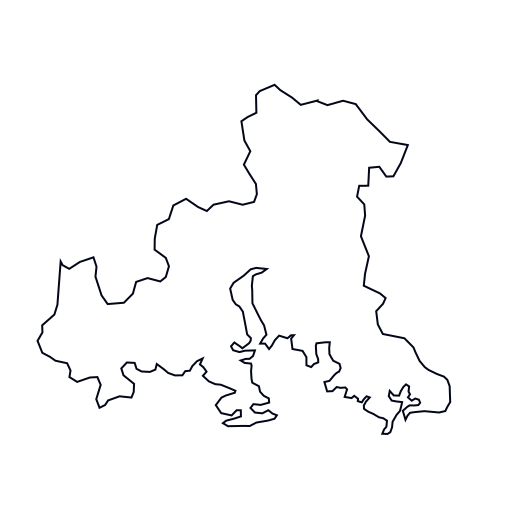 the district of Changwon-si, South Gyeongsang, South Korea, rotated 6°
{"feature_id": "91817680B26152541530210", "entity_name": "Changwon-si", "entity_type": "district", "adm_level": 2, "iso_a3": "KOR", "parent_name": "South Korea", "parent_adm1": "South Gyeongsang", "projection": "mercator", "projection_center": [128.624, 35.222], "detail": "fine", "context": "isolated", "style": "outline", "palette": "ink", "viewbox_px": 512, "rotation_deg": 6, "n_neighbors": 0, "source": "geoboundaries", "source_scale": "gbopen_adm2", "svg_char_len": 3902}
<svg xmlns="http://www.w3.org/2000/svg" viewBox="0 0 512 512"><g transform="rotate(6 256 256)"><path d="M300.5,95.1L284.7,101.0L275.3,94.7L262.8,88.5L256.6,83.8L242.5,91.6L239.2,96.1L241.4,113.5L233.4,118.5L227.4,123.5L232.4,142.4L239.4,152.4L234.4,166.4L240.4,174.4L248.4,184.4L250.4,194.4L248.4,202.4L237.4,206.4L223.4,204.4L208.4,209.4L202.4,216.4L193.4,213.4L180.5,206.4L168.5,214.4L165.5,228.4L154.5,235.4L153.5,249.4L154.5,260.3L166.5,267.3L170.5,275.3L168.5,286.3L163.5,291.3L150.5,289.3L139.5,294.3L137.5,306.3L129.5,316.3L113.5,319.3L106.5,311.3L98.5,293.3L98.5,283.3L94.5,274.3L81.5,280.3L71.6,288.3L64.6,285.3L62.3,281.9L63.6,325.3L61.6,335.3L50.6,347.3L51.6,354.3L47.6,363.2L53.6,374.6L61.8,377.9L67.5,381.1L79.4,382.4L83.5,389.3L83.1,395.9L91.3,399.9L103.5,394.2L110.9,393.0L115.0,400.4L112.1,415.1L115.7,422.2L116.2,423.3L121.5,420.0L124.0,415.1L135.0,409.8L146.9,409.8L148.6,404.0L148.1,395.9L136.7,388.5L133.8,381.9L138.7,375.4L146.5,375.0L149.0,380.7L154.3,382.8L162.5,382.4L167.8,379.5L168.6,373.8L175.6,377.9L180.9,381.5L187.8,383.2L195.2,382.4L197.7,377.9L202.2,377.0L204.2,372.1L208.3,366.8L213.6,363.5L211.6,369.7L215.3,372.1L218.9,376.2L215.7,380.7L222.2,385.6L228.8,387.7L234.5,387.7L244.3,390.5L249.6,392.2L249.2,394.2L240.6,397.9L236.5,400.4L231.6,408.5L237.8,415.9L248.4,417.1L252.9,411.4L257.0,411.0L257.8,417.1L251.3,420.0L243.5,422.9L240.6,425.7L245.9,428.2L259.5,426.5L267.6,425.7L273.8,421.6L285.2,418.4L291.4,415.9L293.4,412.2L288.9,411.0L284.4,408.1L278.7,411.8L271.3,411.8L266.4,407.7L268.9,403.6L276.2,403.6L284.4,400.4L283.6,396.3L278.3,394.2L274.2,390.5L272.5,385.2L265.6,382.4L264.4,378.7L263.1,370.9L263.1,365.6L262.3,363.5L255.8,363.5L251.7,361.5L256.6,359.4L260.3,359.0L263.5,355.8L264.8,350.0L255.0,351.3L249.6,353.3L243.1,352.1L240.6,348.4L243.5,344.3L249.6,347.6L252.1,349.2L258.2,343.5L259.5,341.0L259.5,338.2L255.4,334.9L252.5,325.1L250.0,316.9L248.8,312.8L244.7,307.9L241.0,306.2L237.4,302.1L233.7,291.1L236.5,285.0L245.9,276.8L249.2,273.1L252.1,269.8L257.4,267.8L268.0,267.8L263.5,271.9L257.8,274.3L255.0,276.4L255.0,286.2L255.8,290.3L257.4,303.4L264.4,314.4L267.6,319.3L271.3,324.2L274.6,333.2L271.7,337.3L269.3,342.7L274.2,342.2L278.7,347.2L281.1,343.5L283.6,337.7L287.3,332.8L295.9,334.5L299.1,331.2L302.0,330.8L299.6,334.5L302.0,344.7L307.3,345.1L312.2,345.5L316.7,351.3L317.6,359.4L322.5,360.7L324.9,357.4L329.0,355.3L328.6,352.1L326.2,347.2L324.9,339.0L325.3,336.5L334.3,334.5L338.4,334.1L338.4,339.8L339.3,345.9L341.3,348.8L343.8,352.1L350.3,354.5L351.9,358.6L350.7,362.3L348.3,363.9L346.2,366.4L342.1,372.5L337.2,374.2L340.9,383.2L346.2,382.4L349.9,377.9L354.0,378.3L358.5,377.4L360.5,379.1L358.9,386.9L365.9,387.3L368.3,384.8L372.4,387.3L372.4,389.7L376.5,390.5L378.1,387.3L380.6,384.0L383.9,384.8L380.6,389.3L378.9,393.4L379.4,396.7L383.9,399.1L389.2,400.8L395.3,403.6L399.4,404.0L403.5,406.1L403.5,412.2L401.5,415.1L400.2,419.6L405.5,419.2L408.0,417.1L409.2,412.2L409.2,406.5L412.5,399.1L415.4,395.0L416.2,389.7L416.6,386.0L411.3,386.0L406.0,385.6L402.7,381.5L403.1,376.2L407.6,380.3L412.9,379.9L414.1,375.4L416.2,370.9L418.6,368.0L421.9,369.7L421.9,375.0L423.6,377.4L421.9,380.7L426.0,383.6L429.3,381.1L433.0,381.9L434.6,384.8L433.0,387.3L428.9,388.1L424.4,388.5L422.3,390.1L418.2,394.6L421.8,403.3L423.3,399.1L425.6,395.8L430.9,394.5L439.8,392.7L447.1,392.6L454.4,392.5L460.5,390.4L462.1,385.9L464.4,381.0L462.2,365.2L459.2,359.1L455.5,356.3L448.2,354.4L439.6,351.3L435.5,348.9L429.7,343.3L424.2,334.3L423.5,332.9L422.2,330.5L412.2,322.3L390.3,320.3L384.3,311.3L381.3,298.3L387.3,290.3L389.3,284.3L383.3,280.3L366.3,274.3L366.3,262.3L368.3,244.4L358.3,225.4L360.3,204.4L358.3,193.4L350.3,186.4L351.3,175.4L360.3,174.4L359.3,156.4L369.3,154.4L377.3,163.4L384.3,162.4L390.3,148.4L395.4,129.8L377.3,128.5L366.3,119.5L352.3,108.5L339.3,94.5L326.3,92.5L311.3,98.5L300.3,95.5L300.5,95.1Z" fill="none" stroke="#020617" stroke-width="2"/></g></svg>